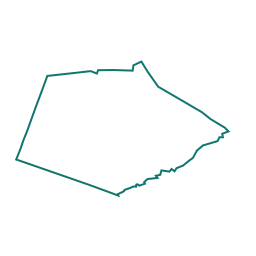 the district of Spartanburg, South Carolina, United States of America, rotated 288°
{"feature_id": "52423323B24740485283278", "entity_name": "Spartanburg", "entity_type": "district", "adm_level": 2, "iso_a3": "USA", "parent_name": "United States of America", "parent_adm1": "South Carolina", "projection": "robinson", "projection_center": [-82.102, 34.888], "detail": "fine", "context": "isolated", "style": "outline", "palette": "teal", "viewbox_px": 256, "rotation_deg": 288, "n_neighbors": 0, "source": "geoboundaries", "source_scale": "gbopen_adm2", "svg_char_len": 1421}
<svg xmlns="http://www.w3.org/2000/svg" viewBox="0 0 256 256"><g transform="rotate(288 128 128)"><path d="M81.5,160.1L85.5,162.3L89.6,171.5L91.2,169.3L93.4,173.1L98.0,172.9L99.3,180.8L102.5,182.1L101.2,185.6L104.8,186.6L109.2,191.9L116.7,196.8L119.6,199.0L127.8,200.5L134.6,204.7L143.3,217.3L147.4,217.8L148.5,221.1L151.6,219.4L155.8,224.6L158.2,220.1L162.0,203.7L165.9,193.3L176.6,143.9L187.2,129.8L195.3,120.2L189.3,113.8L184.0,114.7L178.6,96.1L173.7,81.7L170.2,81.6L170.4,77.8L170.6,75.4L169.8,73.2L163.3,59.0L161.1,54.1L152.6,35.2L139.3,34.7L127.9,34.2L119.5,33.8L109.5,33.5L107.3,33.4L96.5,33.1L92.2,32.9L83.6,32.3L76.1,32.2L73.7,32.1L71.4,32.0L68.8,31.8L63.5,31.4L62.5,81.0L61.9,109.1L61.5,120.1L61.4,123.2L61.0,133.1L60.7,139.7L61.9,138.7L64.8,141.8L64.8,142.0L65.0,142.4L65.2,142.5L65.4,142.5L65.5,142.6L65.9,142.9L66.1,143.0L66.3,143.2L66.6,143.5L66.8,143.7L67.1,143.6L67.3,143.6L67.5,143.6L67.9,143.9L68.1,144.1L68.7,144.5L68.8,144.7L69.0,145.0L69.3,145.5L69.6,145.9L69.7,146.0L70.0,146.2L70.1,146.4L70.1,146.6L70.1,146.8L70.6,147.2L72.0,149.0L72.3,149.2L72.6,149.5L72.8,149.7L73.2,150.3L73.3,150.4L73.4,150.5L73.6,150.7L73.7,151.1L73.9,151.4L74.1,151.6L74.2,151.8L74.5,152.3L74.6,152.7L74.7,153.2L74.6,153.4L74.6,153.8L75.1,153.9L75.4,153.8L75.6,153.7L76.2,153.5L76.5,153.4L76.9,153.5L76.9,153.8L77.1,154.3L77.4,154.7L76.7,156.6L80.3,161.3L81.5,160.1Z" fill="none" stroke="#0f766e" stroke-width="2"/></g></svg>